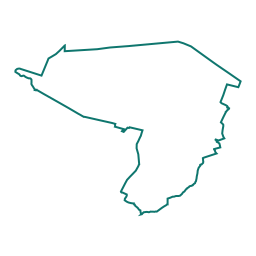 Pancota, Arad, Romania (Robinson projection)
{"feature_id": "2599482B7909722307763", "entity_name": "Pancota", "entity_type": "district", "adm_level": 2, "iso_a3": "ROU", "parent_name": "Romania", "parent_adm1": "Arad", "projection": "robinson", "projection_center": [21.692, 46.318], "detail": "fine", "context": "isolated", "style": "outline", "palette": "teal", "viewbox_px": 256, "rotation_deg": 0, "n_neighbors": 0, "source": "geoboundaries", "source_scale": "gbopen_adm2", "svg_char_len": 3605}
<svg xmlns="http://www.w3.org/2000/svg" viewBox="0 0 256 256"><path d="M141.1,214.4L141.5,214.3L141.9,214.2L142.5,213.4L143.4,212.6L143.6,212.3L144.4,212.2L145.7,212.0L146.6,211.9L147.7,212.0L148.6,212.2L149.5,212.1L150.5,211.6L151.7,211.7L152.4,211.7L153.4,211.7L154.5,211.8L155.6,211.5L156.8,211.6L162.1,207.7L164.1,206.4L164.4,206.2L165.7,205.5L166.6,204.9L167.3,204.0L167.6,204.1L167.6,198.6L170.3,197.7L172.6,196.7L173.9,196.7L176.0,196.0L178.7,196.0L180.2,195.6L181.0,194.8L182.0,193.9L183.0,192.4L184.3,191.6L186.1,189.2L187.0,188.6L187.3,188.0L188.0,187.7L188.8,187.2L189.3,186.5L189.8,186.2L190.4,186.0L191.2,185.9L191.3,185.9L192.7,185.3L192.7,184.9L193.4,184.5L193.9,183.9L195.0,183.2L195.2,182.7L195.4,181.9L195.9,181.3L196.1,180.7L196.1,180.3L196.5,178.7L196.8,176.2L197.4,173.6L197.6,171.8L197.6,171.6L197.7,170.7L198.1,169.4L198.7,167.7L200.2,165.8L200.1,165.0L200.5,164.6L201.5,164.5L203.1,162.9L203.3,161.6L203.1,161.0L203.1,160.0L203.0,159.1L202.9,158.7L202.9,158.1L203.3,157.9L204.6,157.4L211.3,155.2L216.5,153.5L216.4,153.4L215.3,152.0L214.9,150.4L214.5,149.5L213.3,149.3L220.3,147.4L220.0,146.1L219.9,145.3L219.7,144.7L219.4,143.5L218.5,142.8L217.5,142.1L216.8,141.9L216.6,141.1L216.2,140.3L214.9,139.3L216.6,139.8L218.1,140.4L218.4,140.4L218.8,140.4L224.3,138.4L223.4,136.9L222.2,133.5L222.6,130.0L223.3,126.2L223.3,124.8L222.9,124.2L220.9,122.3L221.8,120.4L223.2,117.4L224.7,114.4L225.7,112.4L225.7,112.0L226.1,111.8L226.5,111.1L227.0,110.7L227.4,110.0L228.3,109.5L229.1,108.6L229.1,108.3L228.2,108.1L228.2,107.9L228.0,107.3L227.4,107.3L227.2,107.3L227.3,106.4L227.2,106.0L226.3,105.5L225.9,105.2L221.5,103.2L220.5,102.1L223.3,95.1L225.2,89.4L227.0,84.4L238.3,87.2L238.6,86.6L239.8,83.5L240.6,81.3L228.9,73.2L217.2,65.2L213.1,62.3L191.0,46.4L183.5,43.3L178.0,41.6L173.6,42.0L164.7,42.8L158.2,43.4L128.3,46.1L119.1,46.8L110.0,47.5L97.3,49.2L81.0,50.2L64.7,51.2L64.8,45.5L64.6,45.6L64.5,45.8L62.9,47.4L59.3,51.0L55.9,54.1L51.4,56.8L48.5,58.5L47.6,60.8L41.5,75.6L21.5,69.2L20.8,69.0L20.1,68.7L19.8,68.6L19.2,68.6L18.7,68.6L17.2,68.9L16.7,69.3L15.7,70.1L15.4,71.0L15.4,71.9L16.8,72.8L17.6,73.3L19.3,74.3L19.9,75.2L20.1,75.5L20.4,75.7L20.7,75.9L21.0,76.0L21.4,76.1L21.8,76.1L22.2,76.0L22.6,75.8L23.2,75.7L23.7,75.6L24.1,75.8L24.6,76.2L25.1,76.6L25.6,77.0L26.1,77.2L26.6,77.5L27.6,77.9L28.6,78.3L28.9,78.3L29.1,78.3L29.3,78.3L29.7,78.3L30.1,78.3L30.3,78.5L30.6,78.6L30.9,78.9L31.2,79.2L31.5,79.8L31.5,81.3L31.5,81.6L31.5,82.0L31.5,82.6L31.5,83.2L31.4,83.6L31.4,84.0L31.6,84.5L32.0,85.2L32.5,85.9L33.4,87.3L33.9,88.2L34.6,89.0L34.6,90.0L36.4,89.8L36.4,90.3L37.2,90.2L40.0,91.8L43.6,93.9L54.4,100.0L59.7,103.0L69.0,108.3L78.2,113.7L80.6,115.0L81.7,115.7L82.9,116.3L83.1,116.5L83.8,116.9L84.1,116.9L84.4,116.8L85.4,117.0L98.2,119.9L112.1,123.0L115.3,123.9L115.0,124.6L115.2,126.3L115.0,126.7L123.6,129.1L122.0,131.2L123.7,131.9L127.5,127.7L129.0,128.0L129.6,127.3L142.5,130.3L141.6,133.1L140.8,135.9L140.4,136.6L140.2,137.0L139.3,138.9L138.5,140.7L138.1,141.5L137.0,143.6L136.7,144.2L136.7,144.9L136.6,148.3L138.3,154.3L139.2,164.5L138.7,165.0L138.4,166.0L135.8,170.7L133.4,173.2L129.7,177.0L128.8,178.0L127.1,179.8L125.4,182.9L123.7,186.2L120.9,191.6L121.1,192.1L121.6,192.5L122.5,192.5L124.6,193.5L125.9,194.1L126.7,194.4L126.8,194.9L126.8,195.4L126.6,196.0L126.3,196.7L124.9,198.7L124.7,200.3L124.9,200.4L125.1,200.5L125.5,200.8L126.6,201.6L128.5,202.5L129.7,202.8L130.9,203.1L132.2,203.3L133.4,203.5L133.8,203.4L134.1,204.5L134.7,204.6L135.3,205.9L136.6,206.9L138.1,208.3L138.9,209.6L140.4,210.4L140.5,211.9L141.2,214.3L141.1,214.4Z" fill="none" stroke="#0f766e" stroke-width="2"/></svg>